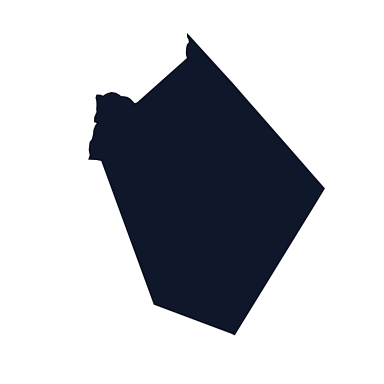 Altos, Piauí, Brazil, rotated 139°
{"feature_id": "56859067B36301945264464", "entity_name": "Altos", "entity_type": "district", "adm_level": 2, "iso_a3": "BRA", "parent_name": "Brazil", "parent_adm1": "Piauí", "projection": "albers", "projection_center": [-42.484, -5.023], "detail": "fine", "context": "isolated", "style": "filled", "palette": "ink", "viewbox_px": 384, "rotation_deg": 139, "n_neighbors": 0, "source": "geoboundaries", "source_scale": "gbopen_adm2", "svg_char_len": 974}
<svg xmlns="http://www.w3.org/2000/svg" viewBox="0 0 384 384"><g transform="rotate(139 192 192)"><path d="M293.9,132.1L264.4,77.6L254.4,59.2L253.4,56.7L218.2,67.7L174.0,81.6L171.8,82.3L165.7,84.2L111.8,101.1L90.1,108.0L90.2,132.7L90.2,144.0L90.3,178.2L90.3,180.7L90.4,205.5L90.4,213.0L90.5,219.5L90.5,222.9L90.5,227.1L90.5,229.7L90.5,246.1L90.9,261.6L92.1,313.4L93.4,311.8L94.0,308.9L95.8,306.3L98.8,305.9L101.6,303.9L103.3,302.0L104.8,300.6L106.2,298.6L107.3,295.7L174.6,294.9L177.6,295.9L178.1,303.1L179.1,305.9L181.7,309.1L183.4,310.4L183.6,312.7L185.0,316.4L187.6,319.7L191.3,321.4L193.5,322.0L196.3,322.2L198.0,325.2L200.3,327.3L202.5,325.8L203.6,323.5L205.1,321.5L207.2,319.0L209.3,317.0L211.1,314.4L216.1,312.1L219.2,309.0L217.4,305.9L221.4,305.0L223.7,303.7L225.5,302.7L228.2,300.0L232.6,296.9L236.2,296.2L239.0,293.6L241.7,291.1L244.6,286.2L247.9,284.4L242.5,279.3L239.3,275.1L265.5,206.5L293.9,132.1Z" fill="#0f172a" stroke="#020617" stroke-width="1.5"/></g></svg>